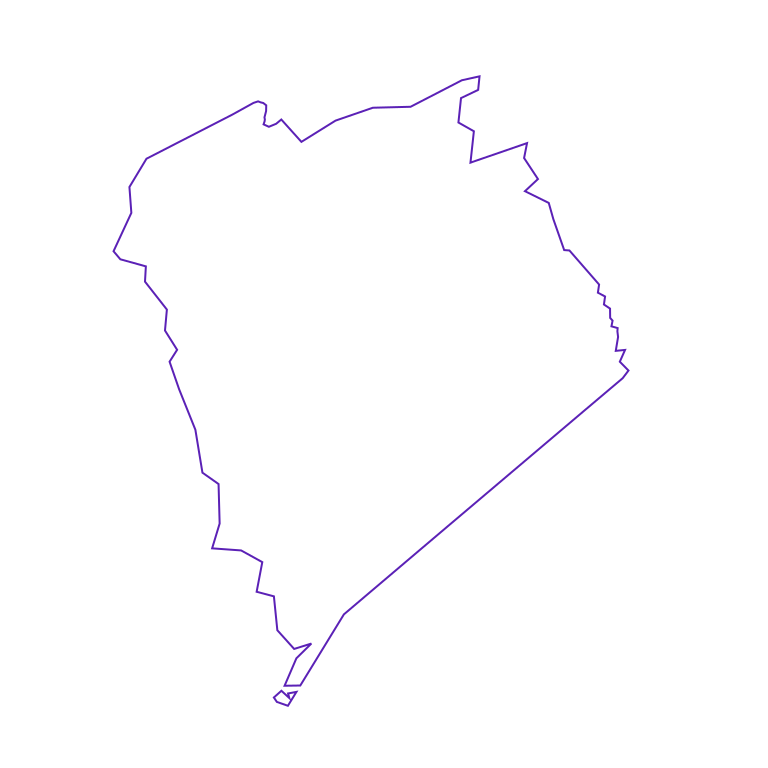 outline of Pickens, South Carolina, United States of America, rotated 350°
{"feature_id": "52423323B51993782969568", "entity_name": "Pickens", "entity_type": "district", "adm_level": 2, "iso_a3": "USA", "parent_name": "United States of America", "parent_adm1": "South Carolina", "projection": "robinson", "projection_center": [-82.722, 34.847], "detail": "fine", "context": "isolated", "style": "outline", "palette": "violet", "viewbox_px": 768, "rotation_deg": 350, "n_neighbors": 0, "source": "geoboundaries", "source_scale": "gbopen_adm2", "svg_char_len": 1249}
<svg xmlns="http://www.w3.org/2000/svg" viewBox="0 0 768 768"><g transform="rotate(350 384 384)"><path d="M328.8,105.7L323.0,109.0L315.3,110.7L310.5,107.4L312.0,104.6L312.6,102.8L312.6,100.6L313.5,98.7L315.3,94.7L316.4,89.1L313.9,86.3L311.4,85.2L309.1,83.8L304.3,84.5L281.3,92.4L189.2,120.9L167.5,145.8L164.9,171.6L140.7,206.3L146.0,215.4L169.9,226.8L166.4,241.7L183.1,273.0L177.6,293.3L186.2,314.4L176.7,324.8L181.3,353.5L190.3,396.3L189.8,439.8L203.7,453.8L197.9,492.9L186.2,516.0L214.4,523.1L233.2,538.3L222.5,566.5L238.7,574.0L236.2,608.0L249.5,629.3L267.4,627.0L250.1,638.9L233.7,663.9L249.2,666.4L257.0,657.6L304.5,603.9L422.2,535.1L464.4,510.5L576.8,444.9L620.1,419.7L627.1,413.2L620.1,403.0L627.3,392.3L618.0,391.6L622.7,378.3L623.0,372.6L623.8,369.5L618.0,366.7L620.1,361.3L618.2,358.2L619.7,349.0L614.4,343.9L616.9,336.2L610.5,331.2L613.1,323.4L589.8,284.7L584.7,283.4L579.4,251.1L577.7,234.3L556.3,218.6L571.2,208.9L561.2,185.8L566.7,171.6L507.6,181.0L516.4,150.7L502.7,139.4L509.5,115.8L527.8,110.7L531.5,97.6L513.4,98.4L458.3,115.6L421.0,110.0L382.0,116.2L344.7,131.2L328.8,105.7ZM233.5,684.2L244.3,672.0L235.8,672.1L236.2,676.8L229.7,668.3L221.1,673.6L223.3,678.5L233.5,684.2Z" fill="none" stroke="#5b21b6" stroke-width="2"/></g></svg>